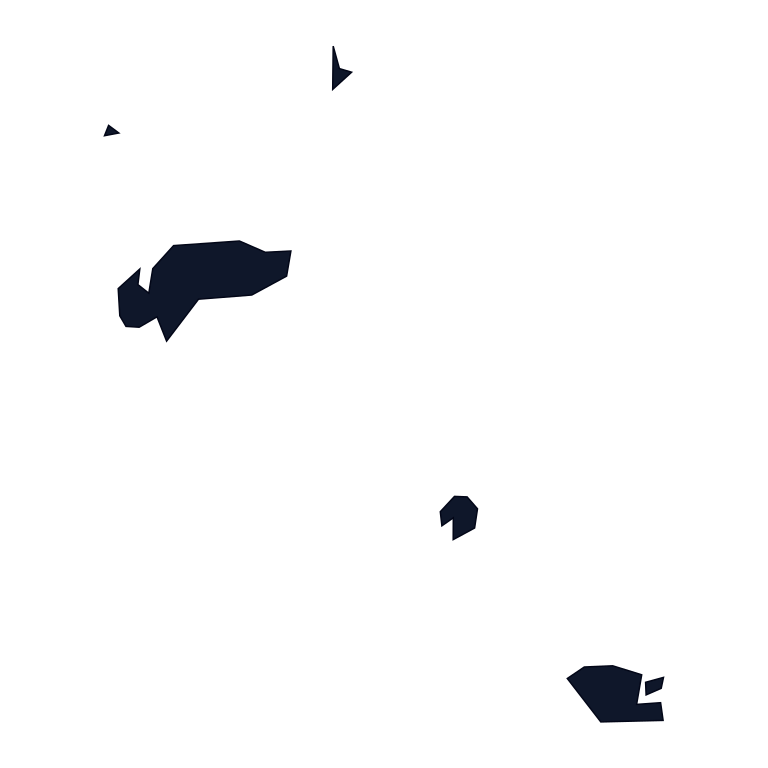 map outline of Temotu (orthographic projection)
{"feature_id": "SLB-1934", "entity_name": "Temotu", "entity_type": "Province", "adm_level": 1, "iso_a3": "SLB", "parent_name": "Solomon Islands", "parent_adm1": "", "projection": "orthographic", "projection_center": [166.516, -11.046], "detail": "coarse", "context": "isolated", "style": "filled", "palette": "ink", "viewbox_px": 768, "rotation_deg": 0, "n_neighbors": 0, "source": "natural_earth", "source_scale": "10m", "svg_char_len": 732}
<svg xmlns="http://www.w3.org/2000/svg" viewBox="0 0 768 768"><path d="M290.9,251.0L286.6,276.1L251.8,295.0L198.5,299.2L166.6,341.1L157.0,316.8L139.2,327.2L126.0,326.4L119.8,315.8L118.2,288.6L139.8,269.0L137.9,284.6L148.8,293.2L152.8,268.6L173.6,245.6L239.4,241.0L265.3,252.3L290.9,251.0ZM641.7,674.8L636.6,704.4L660.6,702.7L663.1,720.4L600.8,721.9L567.3,678.5L584.3,667.0L612.7,665.8L641.7,674.8ZM474.6,528.0L453.2,539.6L453.3,517.8L441.9,525.8L440.3,511.7L454.5,496.4L467.1,496.9L477.5,508.8L474.6,528.0ZM339.4,68.6L351.6,72.2L332.7,89.4L333.2,46.1L339.4,68.6ZM663.5,677.4L661.2,688.3L646.1,694.9L645.6,682.3L663.5,677.4ZM118.8,133.0L104.5,135.7L108.6,125.4L118.8,133.0Z" fill="#0f172a" stroke="#020617" stroke-width="1.5"/></svg>